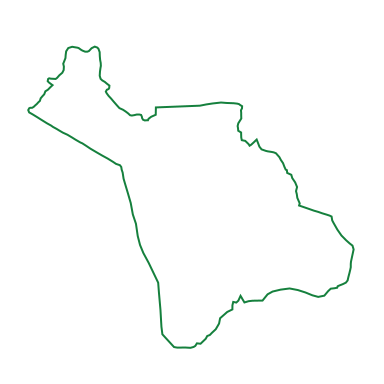 Svay Rieng, Svay Rieng, Cambodia (Natural Earth projection), rotated 175°
{"feature_id": "14789045B88579584003183", "entity_name": "Svay Rieng", "entity_type": "district", "adm_level": 2, "iso_a3": "KHM", "parent_name": "Cambodia", "parent_adm1": "Svay Rieng", "projection": "natural_earth1", "projection_center": [105.819, 11.091], "detail": "fine", "context": "isolated", "style": "outline", "palette": "green", "viewbox_px": 384, "rotation_deg": 175, "n_neighbors": 0, "source": "geoboundaries", "source_scale": "gbopen_adm2", "svg_char_len": 3258}
<svg xmlns="http://www.w3.org/2000/svg" viewBox="0 0 384 384"><g transform="rotate(175 192 192)"><path d="M347.3,285.5L344.1,283.3L339.5,279.9L335.7,277.0L330.5,273.1L326.5,270.4L324.9,269.0L321.3,266.6L319.0,264.9L315.5,262.4L311.1,259.9L306.8,256.8L303.5,254.3L298.8,251.0L297.1,250.1L293.5,247.3L289.4,244.0L286.6,242.0L283.1,239.5L278.1,236.0L273.0,232.6L267.9,228.8L265.2,226.6L261.5,225.0L260.3,223.1L260.1,220.3L259.4,217.4L259.0,211.2L258.0,206.2L256.0,196.5L254.0,186.4L252.9,174.8L250.6,165.2L249.9,152.9L248.4,143.8L245.8,135.5L241.3,125.1L236.9,113.4L233.6,104.6L233.7,95.1L233.7,77.2L234.2,60.5L233.9,52.8L230.7,48.6L226.7,43.4L223.4,39.1L221.2,38.5L219.8,38.2L212.6,37.7L207.1,36.9L203.9,37.5L202.1,38.4L200.3,40.8L196.7,40.1L194.1,42.2L191.1,44.6L189.4,47.2L186.7,48.0L184.4,50.0L180.3,53.2L177.6,57.0L176.5,58.6L175.0,63.8L167.4,69.4L162.0,71.5L161.6,75.6L160.5,78.9L157.5,78.0L155.3,79.7L152.7,84.3L151.7,82.3L151.2,81.1L150.4,79.5L149.4,77.4L145.1,78.3L141.0,78.4L135.3,78.0L131.2,77.7L128.9,80.1L125.6,83.5L120.4,85.8L112.3,87.0L103.2,87.4L95.1,85.1L87.7,82.0L81.1,78.6L75.4,76.5L69.2,77.2L65.0,81.4L62.2,83.6L58.4,83.7L55.7,84.0L55.1,85.4L53.7,85.9L52.4,86.3L49.7,87.1L46.6,88.3L44.7,90.3L43.6,93.7L42.2,97.6L41.1,100.9L40.4,103.2L40.1,106.5L39.7,108.7L37.7,115.2L36.0,120.7L36.8,124.6L39.4,127.0L42.7,130.5L46.9,135.6L50.5,141.9L53.8,149.1L54.8,151.5L55.1,155.4L57.0,156.5L59.8,157.7L64.3,159.5L67.8,161.1L72.2,162.8L77.5,165.2L86.5,169.2L85.7,171.3L87.6,177.0L87.8,180.8L88.3,183.8L86.9,187.8L88.4,192.6L90.9,197.1L91.6,200.5L95.5,202.7L95.6,205.5L96.7,206.1L97.7,208.9L98.8,212.8L100.7,216.2L101.9,219.1L105.0,223.3L107.2,224.4L109.3,225.0L113.0,225.9L114.8,226.5L119.0,228.4L120.9,231.3L122.0,235.2L123.0,238.6L124.4,237.5L126.1,236.1L129.0,233.9L130.6,233.1L131.4,234.7L134.5,238.3L137.9,239.3L138.2,242.1L137.9,247.0L140.6,249.0L140.6,251.7L140.8,253.7L139.9,256.4L138.0,258.9L136.5,260.9L136.3,264.4L136.1,266.5L136.1,269.1L134.9,271.0L134.6,273.1L136.1,274.2L137.6,275.5L139.3,276.1L142.8,276.8L149.9,277.7L155.3,278.6L163.7,278.4L170.0,278.0L176.6,277.3L220.6,279.4L221.4,272.1L226.1,270.5L228.9,268.7L229.6,267.3L230.8,267.4L232.8,267.4L234.5,268.3L235.3,270.1L235.4,271.5L236.0,273.2L237.8,273.8L240.2,274.0L242.8,273.6L245.3,273.4L247.0,273.9L248.8,275.9L251.0,277.9L253.5,279.9L257.0,281.9L259.2,284.8L262.4,289.2L264.5,292.2L266.7,295.0L268.4,297.8L269.1,299.5L267.9,301.3L266.2,301.8L265.4,302.9L265.0,305.2L267.0,307.0L269.3,309.3L271.7,311.0L273.2,312.7L273.8,315.8L273.2,319.9L272.4,323.4L271.8,325.6L271.7,328.6L272.0,331.5L272.0,333.8L272.0,335.4L271.9,337.4L271.8,339.4L272.7,342.8L273.7,344.1L276.2,345.3L279.5,344.0L282.4,341.4L284.1,340.9L286.2,341.1L288.8,342.4L290.2,343.4L292.4,345.3L293.7,345.8L296.1,346.4L298.7,347.1L302.7,346.2L305.1,343.1L305.9,339.5L306.4,336.4L307.5,334.2L309.1,331.0L308.7,328.1L309.2,324.7L310.8,322.1L313.9,319.9L316.5,317.4L318.0,316.5L320.0,316.8L322.7,317.2L324.4,317.7L325.5,317.1L326.1,315.0L325.0,313.6L323.0,311.8L321.6,310.6L324.0,308.7L326.7,306.4L329.3,305.1L330.7,302.2L332.6,300.5L334.6,298.5L335.6,296.0L337.2,294.8L338.9,293.2L340.7,291.9L342.3,290.6L344.0,289.8L345.8,290.0L346.9,289.6L348.0,287.9L347.3,285.5Z" fill="none" stroke="#15803d" stroke-width="2"/></g></svg>